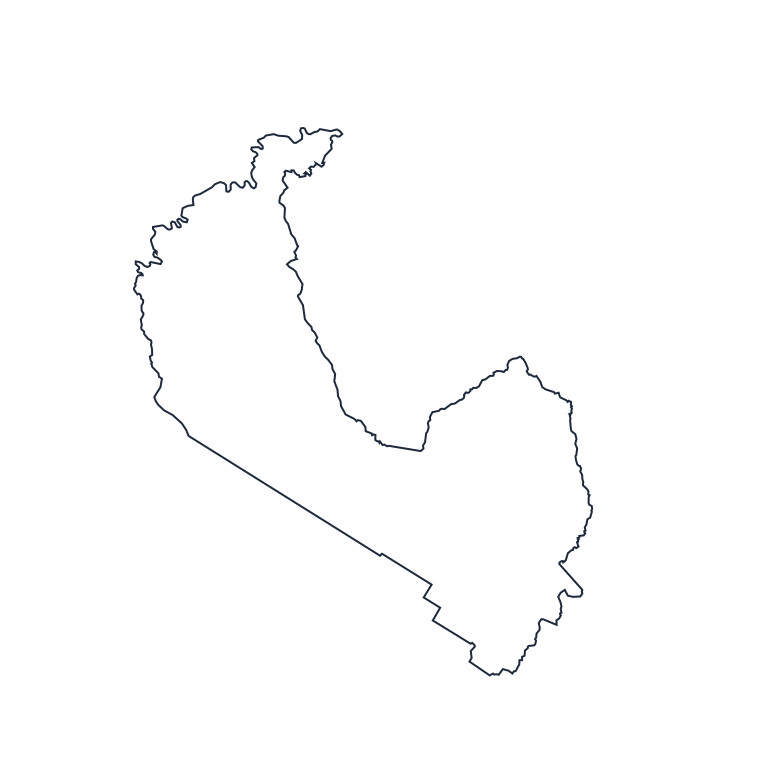 outline of Alta Floresta D'Oeste, Rondônia, Brazil, rotated 122°
{"feature_id": "56859067B53124283675112", "entity_name": "Alta Floresta D'Oeste", "entity_type": "district", "adm_level": 2, "iso_a3": "BRA", "parent_name": "Brazil", "parent_adm1": "Rondônia", "projection": "robinson", "projection_center": [-62.42, -12.473], "detail": "fine", "context": "isolated", "style": "outline", "palette": "slate", "viewbox_px": 768, "rotation_deg": 122, "n_neighbors": 0, "source": "geoboundaries", "source_scale": "gbopen_adm2", "svg_char_len": 6142}
<svg xmlns="http://www.w3.org/2000/svg" viewBox="0 0 768 768"><g transform="rotate(122 384 384)"><path d="M514.7,122.4L510.2,121.8L508.0,122.9L504.8,126.0L500.1,126.0L499.1,124.0L496.8,110.0L493.1,112.5L490.0,111.2L486.5,111.4L486.0,112.7L484.9,113.1L483.9,112.3L481.1,115.0L478.6,115.6L475.4,118.8L472.2,123.5L467.5,123.6L462.8,121.6L466.1,115.9L464.4,111.0L460.1,104.9L456.4,104.9L455.1,106.4L453.5,106.7L443.8,139.8L442.4,140.6L440.4,139.7L439.4,138.6L440.3,137.5L437.3,136.4L430.1,138.4L425.7,137.0L424.5,135.8L423.0,136.5L421.3,135.8L421.3,134.0L418.8,132.9L415.9,136.5L414.8,135.8L413.5,137.0L412.5,136.6L412.1,138.1L410.5,137.1L409.3,137.9L406.6,134.4L404.0,134.2L403.5,135.7L402.5,136.2L401.6,135.4L399.1,137.8L396.1,137.8L391.1,139.8L388.0,138.4L382.2,140.0L381.5,141.1L379.9,141.1L377.4,143.1L377.6,145.9L376.8,147.2L371.6,150.4L369.4,150.7L369.5,152.2L366.7,153.7L365.5,156.2L364.5,161.6L361.5,163.1L359.5,165.4L356.0,167.9L354.2,171.2L351.3,172.0L349.7,174.3L350.2,175.8L349.5,177.9L346.3,181.3L343.7,183.4L342.4,183.3L336.3,186.0L333.4,190.1L328.5,191.7L325.1,195.3L324.7,199.8L323.5,201.4L315.8,207.2L314.6,207.4L312.5,209.6L311.4,209.5L311.2,210.9L309.0,209.5L307.3,211.0L305.4,211.5L304.6,213.1L303.3,212.7L302.7,214.5L300.1,215.8L300.4,218.6L301.8,218.7L301.2,220.9L301.9,226.6L301.8,227.9L298.9,231.3L301.6,234.0L300.8,235.3L302.9,244.2L302.8,248.1L299.0,253.0L296.4,259.0L297.7,259.8L298.4,261.4L298.4,264.9L299.3,265.8L298.4,268.2L297.5,269.8L295.5,269.6L294.0,271.0L291.4,274.6L289.0,279.1L289.2,280.5L288.3,282.0L288.7,283.2L291.5,284.7L294.6,288.3L298.1,290.1L302.4,289.5L304.6,287.5L306.9,287.2L307.7,288.3L310.4,288.7L310.9,291.1L313.2,295.2L316.5,297.1L317.8,295.8L319.4,295.9L320.9,298.4L326.4,300.5L328.7,302.7L335.7,302.2L338.4,303.6L340.0,306.3L341.8,306.5L342.8,307.9L344.1,307.1L346.2,307.5L347.5,308.7L347.7,310.1L350.9,310.4L351.6,309.5L353.9,308.9L356.3,309.9L357.2,311.1L362.9,313.5L365.5,316.4L373.2,319.4L374.1,321.6L375.4,322.8L377.6,323.2L382.2,328.0L387.5,327.6L390.2,325.6L392.0,326.4L394.0,326.0L397.1,323.1L401.6,321.9L403.4,322.2L411.7,318.3L415.5,318.3L417.9,316.3L421.4,317.3L433.9,347.2L435.1,348.2L435.2,351.6L436.5,352.9L434.9,356.9L436.3,356.7L435.6,358.3L436.2,359.6L436.1,361.7L431.7,364.3L432.4,366.2L433.7,366.9L432.5,368.1L433.7,374.5L430.4,376.9L427.5,384.2L428.7,387.3L430.1,387.5L429.3,390.8L430.2,400.4L425.6,408.6L421.6,411.8L418.6,416.6L413.6,420.3L408.0,427.6L401.4,430.7L398.7,435.5L395.3,438.3L393.0,444.3L392.2,448.5L389.7,453.7L385.3,459.5L385.0,462.0L383.7,464.8L379.8,465.3L377.0,470.3L376.5,473.4L374.1,475.8L372.6,481.6L371.0,485.4L360.1,494.5L355.4,503.4L354.1,503.9L351.9,502.8L347.6,503.7L342.4,506.1L338.4,514.1L335.5,518.2L334.8,521.8L334.9,526.5L333.9,529.7L329.2,528.3L324.1,524.1L323.7,526.0L321.8,526.6L319.4,530.1L317.4,529.5L312.6,529.8L312.4,531.1L307.7,537.1L306.2,542.0L299.1,550.1L297.8,553.7L295.6,556.7L287.3,561.2L285.9,563.8L285.7,568.6L284.3,569.7L279.5,571.5L274.8,570.7L272.7,571.3L268.6,569.8L265.1,577.9L261.8,579.0L260.1,578.4L257.6,579.5L257.1,580.8L255.1,580.3L253.4,574.8L252.0,575.7L250.7,573.9L252.2,571.1L252.6,568.7L252.0,566.6L253.3,565.2L249.4,560.9L247.3,561.5L247.7,563.1L245.8,562.7L246.6,557.2L243.8,557.3L242.7,559.0L241.1,559.3L240.8,561.8L238.3,561.1L237.1,558.7L233.5,558.1L232.8,559.0L232.8,552.1L230.3,551.3L228.0,551.9L229.3,553.5L221.7,555.0L212.3,553.0L209.1,555.8L206.2,556.0L205.3,556.8L205.1,558.5L203.8,559.6L201.1,559.4L199.0,557.0L198.8,554.5L197.7,552.9L194.1,551.9L192.9,555.6L193.1,558.9L197.9,563.3L201.8,573.4L205.1,574.2L207.4,576.7L211.2,578.8L212.1,580.6L211.9,582.7L209.4,586.5L209.6,588.0L211.1,589.9L213.7,589.3L216.3,585.2L219.7,583.4L226.2,586.4L227.2,588.3L225.1,595.7L225.8,598.3L229.4,605.1L230.6,610.0L236.0,615.9L238.7,616.4L243.7,620.0L245.0,619.5L246.6,613.0L248.6,611.6L249.9,612.6L249.6,615.9L253.5,621.5L255.3,621.0L256.1,618.5L255.4,615.8L256.0,613.4L256.9,612.6L261.4,613.9L263.7,612.0L266.6,613.2L268.5,608.7L273.0,609.0L275.4,608.4L277.7,606.5L279.8,603.7L281.6,598.5L285.0,597.2L287.1,598.1L287.1,601.1L284.8,605.2L284.5,607.5L285.1,608.6L286.7,609.1L289.5,607.4L292.4,607.8L293.3,610.3L291.9,617.2L293.2,619.1L294.6,619.7L296.6,619.5L300.4,617.0L303.3,617.6L304.2,619.7L299.0,623.4L298.5,626.3L299.6,630.0L304.1,633.2L308.4,634.2L320.2,640.5L324.3,644.1L326.6,644.8L329.0,643.8L333.2,640.4L337.0,644.9L341.6,647.9L348.7,645.0L349.2,643.2L348.5,639.5L348.8,637.5L351.4,637.0L352.8,640.8L352.2,643.7L352.6,645.6L354.3,646.3L355.3,645.5L356.9,640.9L358.4,639.7L359.9,640.7L360.3,642.5L357.7,647.2L358.4,649.6L360.4,650.0L363.9,646.7L365.0,646.4L366.9,647.9L367.3,649.7L366.5,654.7L367.1,656.2L373.2,663.1L374.9,662.1L376.1,658.5L378.9,657.5L384.7,658.3L386.5,657.1L391.7,650.8L392.0,647.0L393.9,645.9L393.2,647.7L394.1,649.0L396.6,648.2L397.8,646.2L396.8,642.5L397.2,638.5L397.7,637.3L400.7,637.0L404.2,646.5L405.6,646.9L406.3,645.6L408.1,645.2L410.2,646.7L410.7,649.9L410.0,652.8L410.2,656.2L411.6,659.5L414.0,658.0L414.6,653.8L416.0,652.7L418.5,653.4L419.5,651.6L418.5,648.7L418.9,646.9L419.8,646.2L420.9,648.7L422.6,649.9L424.9,650.0L428.7,648.4L430.9,648.3L432.0,646.8L435.1,646.8L436.4,646.0L438.7,640.6L437.2,639.6L437.3,638.3L438.3,636.5L440.2,635.2L440.5,632.6L443.1,631.3L446.3,631.1L450.4,628.2L451.6,625.4L453.2,624.6L458.3,624.4L462.3,620.7L464.9,619.8L466.1,618.6L466.7,615.2L468.7,613.9L470.8,607.9L470.5,604.9L471.8,603.3L474.1,602.5L477.5,599.1L482.2,596.0L484.8,597.1L487.6,594.5L488.9,591.9L490.0,592.2L492.4,589.4L494.5,580.9L497.1,578.7L497.2,575.1L505.2,571.9L516.8,571.9L519.6,568.3L521.3,564.4L522.9,556.4L522.3,546.8L524.5,534.6L527.7,527.6L531.6,522.1L531.7,296.3L529.0,295.8L528.9,237.3L544.0,237.2L544.0,217.8L558.7,217.3L558.4,172.9L556.8,172.1L557.4,169.0L558.5,167.8L564.5,168.9L569.9,164.5L574.1,164.4L575.1,140.0L571.8,138.1L572.0,136.4L570.6,135.0L569.8,132.7L562.8,132.1L561.1,126.3L561.5,121.7L558.8,121.6L557.8,120.2L550.0,120.7L546.5,122.8L545.0,120.6L542.2,122.3L539.9,120.8L535.3,123.2L531.8,122.1L530.4,122.8L529.3,122.3L526.1,118.2L524.5,117.9L521.1,119.0L520.3,120.7L518.4,120.6L514.7,122.4Z" fill="none" stroke="#1e293b" stroke-width="2"/></g></svg>